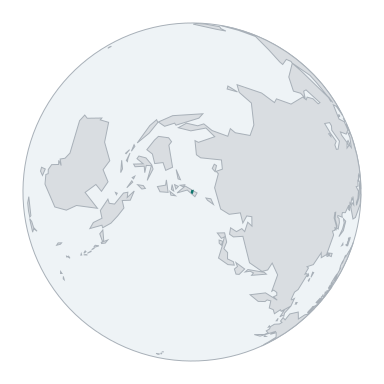 Ifugao on an orthographic globe, rotated 119°
{"feature_id": "PHL-2551", "entity_name": "Ifugao", "entity_type": "Province", "adm_level": 1, "iso_a3": "PHL", "parent_name": "Philippines", "parent_adm1": "", "projection": "orthographic", "projection_center": [121.298, 16.844], "detail": "coarse", "context": "on_globe", "style": "filled", "palette": "teal", "viewbox_px": 384, "rotation_deg": 119, "n_neighbors": 0, "source": "natural_earth", "source_scale": "10m", "svg_char_len": 10169}
<svg xmlns="http://www.w3.org/2000/svg" viewBox="0 0 384 384"><g transform="rotate(119 192 192)"><circle cx="192" cy="192" r="169" fill="#eef3f6" stroke="#a8b0b8"/><path d="M330.7,261.2L330.5,262.3L330.4,262.5L330.7,261.2ZM291.4,55.3L291.5,55.4L278.3,48.1L274.2,50.1L278.5,54.5L273.1,51.0L285.1,62.6L286.5,68.4L281.5,59.6L278.3,57.2L277.5,59.7L274.1,57.8L271.7,58.1L267.7,55.8L265.0,51.5L262.4,50.1L262.0,52.0L257.7,51.4L258.7,48.6L251.2,47.3L245.5,40.9L251.5,37.4L244.8,33.8L241.9,30.7L238.7,29.8L235.6,28.8L234.4,28.4L246.5,32.1L258.4,36.6L269.8,42.0L280.8,48.3L291.4,55.3ZM227.1,26.7L227.2,26.8L225.3,26.4L222.5,25.9L223.0,25.9L227.1,26.7ZM350.6,145.2L349.3,141.7L350.4,142.9L350.6,145.2ZM348.2,140.3L348.8,141.3L348.3,140.6L348.2,140.3ZM347.8,140.3L348.1,140.3L347.9,140.6L347.8,140.3ZM347.3,140.7L347.5,140.3L347.5,140.5L347.3,140.7ZM346.0,140.2L345.7,140.0L345.7,139.2L346.0,140.2ZM292.9,56.5L292.2,56.0L291.8,55.7L292.9,56.5ZM288.1,53.7L286.7,52.6L290.8,55.2L290.3,55.0L288.1,53.7ZM282.4,58.4L282.4,57.1L283.6,59.1L282.4,58.4ZM272.1,58.6L273.2,59.7L271.5,59.5L272.1,58.6ZM263.8,55.9L260.7,55.4L263.4,55.1L263.8,55.9ZM258.6,54.6L251.3,54.0L253.1,56.2L243.8,50.2L253.1,52.4L256.1,51.5L256.2,53.1L258.6,54.6ZM228.5,27.0L231.1,27.6L228.5,27.1L228.2,27.0L228.5,27.0ZM230.8,27.6L242.4,31.1L241.4,31.3L237.8,30.0L238.6,31.0L232.4,29.3L230.6,28.4L232.4,28.5L228.7,27.9L230.8,27.6ZM239.9,47.2L237.7,46.6L239.5,46.4L239.9,47.2ZM224.7,26.4L227.2,26.9L226.5,27.1L221.5,26.1L223.3,26.3L224.7,26.4ZM241.9,32.3L240.5,32.4L235.1,31.0L233.9,31.0L232.2,29.3L241.9,32.3ZM222.1,26.0L219.0,25.6L216.8,25.1L222.3,25.9L222.1,26.0ZM228.4,27.6L227.9,27.7L226.6,27.3L228.4,27.6ZM207.0,23.7L210.0,24.0L209.9,24.1L207.0,23.7ZM218.0,25.5L218.8,25.7L219.1,25.8L216.7,25.5L218.0,25.5ZM228.5,28.6L226.6,28.2L228.9,29.2L225.0,28.5L224.6,27.6L223.2,27.7L221.9,27.5L223.0,27.1L228.5,28.6ZM215.1,25.8L213.3,24.9L207.9,24.1L216.5,25.3L215.1,25.8ZM219.7,26.5L216.8,26.0L218.2,25.9L220.9,26.3L219.7,26.5ZM222.5,28.4L228.6,29.7L228.5,29.9L222.5,28.4ZM213.3,25.5L213.8,25.8L212.8,25.5L213.3,25.5ZM219.4,27.4L221.5,27.8L221.3,28.0L219.4,27.4ZM212.9,26.1L212.3,25.7L214.2,25.9L212.9,26.1ZM215.7,26.7L214.9,26.9L215.2,26.1L216.7,26.8L215.7,26.7ZM218.8,27.6L219.4,27.8L217.9,27.4L218.8,27.6ZM206.3,26.0L206.2,25.0L210.3,25.2L209.8,26.1L206.3,26.0ZM50.9,99.1L52.1,97.3L47.1,107.3L47.3,110.6L56.9,98.8L56.7,92.9L62.1,85.8L66.6,85.2L67.5,91.3L69.7,88.8L73.6,80.4L78.4,77.7L75.5,77.3L73.2,80.5L71.3,80.5L73.2,77.7L74.9,76.7L75.9,74.2L67.8,80.3L64.7,84.2L64.5,81.9L59.3,88.3L57.6,90.0L65.8,79.8L68.5,76.9L79.8,65.7L89.6,57.6L100.1,50.2L99.7,50.5L107.4,45.9L107.6,46.0L103.0,48.5L98.9,51.1L95.7,54.7L97.0,54.4L102.3,51.3L100.8,53.0L106.3,49.6L107.7,51.0L110.6,46.8L116.9,43.9L121.3,43.2L123.9,41.7L116.8,43.0L113.4,44.3L109.7,46.5L101.2,50.5L100.9,50.2L111.8,43.8L112.6,43.0L120.8,39.1L135.0,36.7L137.6,38.1L128.2,45.8L123.8,46.7L125.0,44.2L117.9,49.0L121.4,47.4L120.1,49.1L125.8,47.4L125.1,48.5L131.7,45.2L131.5,46.5L127.4,48.5L135.7,47.9L137.1,50.5L139.3,49.8L141.2,48.4L141.8,53.0L143.4,52.4L143.8,50.6L147.2,48.3L153.5,46.2L153.4,47.9L151.1,48.9L146.1,53.8L140.0,56.5L140.6,57.1L145.8,55.1L151.9,49.1L155.7,47.4L153.4,50.2L154.6,49.0L156.4,48.7L158.1,50.2L160.9,47.3L181.5,44.0L186.8,47.1L182.5,49.5L196.7,50.7L201.6,55.2L202.0,53.3L209.1,53.4L207.6,51.9L208.4,51.1L225.9,51.9L229.9,53.8L237.8,53.2L238.0,52.4L235.5,50.8L243.8,50.2L253.1,56.2L252.1,57.6L258.5,60.9L255.5,63.9L256.0,68.2L249.0,70.3L250.0,74.0L252.4,75.0L255.6,81.1L253.7,91.4L244.6,78.8L245.3,65.0L244.1,69.9L241.2,67.8L238.8,69.1L238.2,73.0L240.1,74.1L223.0,76.9L215.3,87.4L223.5,88.0L227.5,92.3L226.0,107.4L206.1,126.0L211.2,134.0L210.7,138.7L204.6,140.9L205.1,133.9L199.9,130.7L201.1,126.7L191.4,128.6L192.8,123.0L184.6,127.7L186.4,132.5L194.5,132.5L186.8,139.6L193.5,148.7L193.0,158.7L177.3,174.3L163.3,177.8L162.2,180.9L157.3,176.5L149.7,181.8L157.9,201.0L157.3,206.2L145.6,214.3L145.5,210.5L132.6,198.9L129.3,210.8L139.1,222.7L142.4,235.1L134.5,230.2L131.3,219.1L126.7,214.7L128.5,204.2L125.9,187.7L118.0,189.2L119.2,182.9L114.4,168.6L103.4,170.4L85.4,183.2L82.0,199.0L76.3,204.6L71.7,179.1L73.8,163.2L69.6,163.3L67.1,148.0L55.3,141.2L56.0,136.8L53.2,137.3L51.8,131.4L53.7,124.4L51.8,123.4L47.4,141.8L49.7,143.2L54.9,138.7L53.0,144.9L54.6,152.2L44.5,163.1L30.8,166.7L33.4,154.6L43.2,118.4L45.0,115.4L45.2,115.1L45.6,114.3L42.5,118.9L45.5,112.3L36.1,135.8L32.8,145.4L30.6,167.3L29.8,168.6L30.3,173.8L36.5,174.5L35.7,178.4L30.4,193.9L25.2,211.9L28.1,229.9L31.6,244.0L32.4,247.3L28.9,235.9L26.2,224.3L24.3,212.6L23.3,200.7L23.1,188.8L23.7,176.9L25.2,165.1L27.5,153.5L30.6,142.0L34.5,130.7L39.2,119.8L44.7,109.2L50.9,99.1ZM72.2,72.9L66.1,79.4L67.5,77.8L66.5,78.9L72.2,72.9ZM64.6,105.3L67.8,109.2L73.2,99.8L74.9,100.7L76.2,97.4L73.6,99.1L77.7,90.5L81.5,89.9L84.7,86.4L83.7,85.0L76.0,87.7L70.2,99.7L66.5,102.1L64.6,105.3ZM220.1,25.4L218.9,25.3L215.7,24.9L213.5,24.6L215.1,24.7L210.9,24.2L211.5,24.2L208.4,23.8L207.5,23.8L220.1,25.4ZM161.2,25.9L158.0,26.5L158.9,26.3L161.2,25.9ZM189.1,23.1L191.9,23.2L198.9,23.4L200.4,23.7L197.2,23.6L200.8,24.0L195.8,24.1L196.7,24.4L192.6,25.1L186.0,25.1L187.5,25.5L184.5,26.3L178.9,26.7L181.7,25.9L173.4,27.0L174.0,26.1L173.0,26.3L171.3,26.0L167.4,26.0L168.5,25.6L166.5,25.9L165.3,25.8L163.0,26.1L164.1,25.6L161.3,26.0L163.4,25.6L158.4,26.5L162.6,25.7L161.5,25.8L175.2,23.9L189.1,23.1ZM204.9,26.1L196.9,25.8L193.2,25.4L201.8,24.5L201.7,24.2L207.0,24.1L212.2,24.9L210.2,24.8L209.5,25.0L208.1,24.6L208.6,25.0L205.9,25.0L205.5,25.3L203.0,25.1L204.9,26.1ZM102.9,48.7L102.9,48.9L101.6,49.7L100.0,50.6L102.9,48.7ZM154.6,31.8L156.8,31.0L157.6,31.0L163.6,29.8L163.7,30.6L160.1,31.7L154.6,31.8ZM55.0,100.0L52.9,101.4L53.8,99.7L54.3,99.5L55.0,100.0ZM56.0,92.4L54.2,95.6L55.3,93.2L56.0,92.4ZM155.7,32.5L158.2,31.9L156.7,32.7L155.7,32.5ZM164.1,31.2L162.9,32.1L164.4,30.6L164.1,31.2ZM103.6,333.1L107.1,335.3L105.4,334.7L103.6,333.1ZM38.0,250.0L44.6,272.3L42.6,270.1L38.8,262.1L34.0,247.9L35.1,246.1L34.8,240.4L38.0,250.0ZM185.2,267.1L190.5,268.2L190.3,268.9L185.2,267.1ZM179.7,264.1L185.7,264.8L178.7,265.6L179.7,264.1ZM188.0,265.1L194.1,264.2L196.7,263.2L196.3,264.7L188.0,265.1ZM175.7,263.7L154.3,261.1L145.9,258.0L147.8,255.6L161.3,258.0L175.7,263.7ZM147.1,255.4L134.6,245.9L118.3,220.4L124.1,221.8L141.3,238.4L140.2,240.6L147.8,247.8L147.1,255.4ZM178.0,245.0L176.9,252.0L164.9,250.0L159.6,248.3L155.9,238.7L157.9,234.3L162.3,234.9L179.8,221.0L185.8,225.5L180.3,231.6L185.2,238.4L178.0,245.0ZM82.4,200.7L84.9,211.2L81.9,212.0L82.4,200.7ZM187.3,210.5L180.0,216.8L186.8,208.1L187.3,210.5ZM191.7,202.1L191.9,205.7L189.2,201.9L191.7,202.1ZM161.6,185.7L156.9,186.0L157.0,183.4L163.0,181.7L161.6,185.7ZM192.5,167.2L191.7,174.5L190.5,176.9L188.8,172.2L192.5,167.2ZM159.8,41.9L151.4,42.4L145.3,43.9L142.0,46.5L143.0,43.4L152.4,40.9L159.8,41.9ZM178.8,43.4L181.7,41.6L182.9,42.6L182.4,43.2L178.8,43.4ZM178.8,42.1L177.8,39.7L181.0,38.9L181.2,41.0L178.8,42.1ZM166.4,35.1L163.9,35.1L165.1,34.3L166.4,35.1ZM290.9,321.4L292.6,321.7L287.7,325.9L281.2,330.4L275.2,332.5L290.9,321.4ZM243.3,335.6L243.0,331.5L250.0,330.8L247.2,334.6L243.3,335.6ZM295.5,317.9L299.8,313.4L301.4,308.5L300.9,312.7L304.4,311.9L294.0,321.1L295.5,317.9ZM217.1,317.6L184.1,324.9L176.7,323.1L178.3,319.4L171.0,306.7L173.4,307.2L171.5,298.7L190.8,292.6L204.5,279.1L215.6,280.6L223.8,270.4L235.3,271.5L232.0,279.7L244.2,285.3L252.1,266.8L259.8,286.5L268.8,293.1L271.6,304.7L256.4,324.4L247.5,328.3L245.7,326.7L242.0,328.6L236.1,328.0L232.6,322.0L228.9,323.9L232.3,319.2L227.1,323.3L224.0,319.4L217.1,317.6ZM299.7,281.4L301.4,281.7L304.2,284.6L301.4,284.4L299.7,281.4ZM326.3,266.2L327.0,267.5L325.2,268.4L326.3,266.2ZM330.4,262.5L328.2,263.6L330.7,261.2L330.4,262.5ZM308.7,269.0L309.6,270.1L308.9,270.7L308.7,269.0ZM308.0,268.7L309.1,266.6L308.9,268.6L308.0,268.7ZM299.6,259.0L300.6,257.9L301.1,258.6L299.6,259.0ZM198.3,268.9L205.5,264.0L209.6,263.8L198.3,268.9ZM298.0,256.9L295.3,256.9L295.6,255.8L298.0,256.9ZM298.1,254.4L297.8,252.9L299.5,256.3L298.1,254.4ZM293.0,251.4L296.3,253.8L292.6,251.7L293.0,251.4ZM291.1,251.8L288.7,250.8L288.9,250.3L291.1,251.8ZM264.7,254.7L273.5,263.6L266.5,263.5L258.6,258.0L252.6,263.2L239.0,262.1L242.0,258.9L240.1,253.9L226.1,251.4L223.3,248.0L228.2,246.0L219.1,243.0L229.1,242.0L233.3,248.9L239.0,243.8L248.9,245.4L258.6,247.8L266.6,252.8L264.7,254.7ZM229.3,256.8L231.0,256.8L229.5,258.8L229.3,256.8ZM284.2,247.3L287.6,250.4L287.2,251.2L285.5,250.8L284.2,247.3ZM268.4,251.6L276.9,245.9L278.9,246.0L273.3,252.4L268.4,251.6ZM274.8,242.4L278.7,243.1L280.9,246.1L280.0,247.0L274.8,242.4ZM208.8,249.5L208.4,251.3L205.8,249.7L208.8,249.5ZM212.1,248.6L219.9,251.1L211.4,250.1L212.1,248.6ZM188.7,240.3L190.9,244.9L198.0,242.7L192.6,246.3L197.5,254.0L195.9,256.6L191.0,248.3L189.5,256.3L186.3,255.9L184.5,248.8L187.7,240.5L190.8,237.2L203.6,236.8L188.7,240.3ZM212.0,243.1L210.0,237.8L211.5,234.5L213.7,237.3L212.0,243.1ZM204.0,224.9L198.8,218.4L193.8,220.3L203.9,212.7L207.3,220.1L204.0,224.9ZM199.8,211.3L195.1,213.0L200.0,208.5L199.8,211.3ZM194.0,210.8L193.7,206.6L197.3,207.5L194.0,210.8ZM202.2,211.6L203.3,204.6L205.0,208.9L202.2,211.6ZM192.6,197.1L200.0,204.6L190.1,200.8L190.4,187.1L194.7,187.2L192.6,197.1ZM220.9,145.0L220.2,141.2L224.3,140.6L223.6,143.4L220.9,145.0ZM236.9,136.8L225.1,139.3L215.6,141.9L218.3,143.8L215.6,150.0L211.9,143.7L219.0,137.4L226.1,136.6L227.7,131.5L233.3,128.5L232.9,122.1L235.5,119.6L238.1,125.4L236.9,136.8ZM232.4,119.4L233.8,108.6L241.2,110.8L242.5,113.7L238.8,117.6L235.1,116.1L232.4,119.4ZM236.2,106.8L232.7,105.5L227.2,89.8L227.8,87.1L236.0,99.5L233.0,99.0L233.1,102.7L236.2,106.8ZM238.1,47.5L237.8,46.7L239.4,47.6L238.1,47.5ZM207.4,50.3L208.7,49.4L210.5,50.3L207.4,50.3ZM213.1,47.4L210.2,47.0L213.4,46.7L213.1,47.4ZM203.5,46.5L209.0,46.6L203.6,47.6L203.5,46.5Z" fill="#d9dde1" stroke="#a8b0b8" stroke-width="1"/><path d="M192.7,191.3L192.8,191.3L192.8,191.5L192.8,191.8L192.7,191.9L192.7,192.0L192.4,192.0L192.2,192.1L192.1,192.3L192.0,192.5L191.9,192.5L190.9,192.7L190.8,192.3L190.8,192.1L190.7,192.0L190.8,192.0L191.0,192.0L191.0,191.9L191.1,191.7L191.3,191.5L191.7,191.5L191.8,191.5L192.0,191.4L192.4,191.3L192.6,191.3L192.7,191.3Z" fill="#14b8a6" stroke="#0f766e" stroke-width="1.5"/></g></svg>